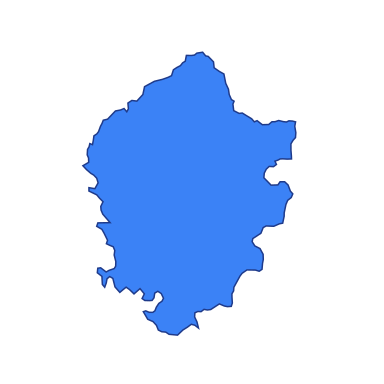 the district of Carlópolis, Paraná, Brazil, rotated 148°
{"feature_id": "56859067B22086314964615", "entity_name": "Carlópolis", "entity_type": "district", "adm_level": 2, "iso_a3": "BRA", "parent_name": "Brazil", "parent_adm1": "Paraná", "projection": "equal_earth", "projection_center": [-49.704, -23.457], "detail": "fine", "context": "isolated", "style": "filled", "palette": "blue", "viewbox_px": 384, "rotation_deg": 148, "n_neighbors": 0, "source": "geoboundaries", "source_scale": "gbopen_adm2", "svg_char_len": 2716}
<svg xmlns="http://www.w3.org/2000/svg" viewBox="0 0 384 384"><g transform="rotate(148 192 192)"><path d="M292.0,193.5L290.1,190.5L287.8,187.3L288.5,183.3L291.4,179.8L293.5,173.3L296.1,169.5L298.6,168.3L303.8,169.5L307.2,169.7L309.6,176.1L312.3,177.3L315.1,173.7L313.1,168.2L317.0,161.1L316.5,157.5L312.9,160.3L310.1,163.4L306.6,163.9L304.9,160.7L307.6,152.3L306.4,145.1L302.4,145.7L298.3,146.2L296.7,142.4L295.2,136.3L287.3,137.6L286.4,130.9L290.8,128.1L289.5,125.0L285.6,122.4L283.3,121.2L280.3,122.4L277.2,126.0L273.6,125.9L271.9,122.2L272.5,117.0L275.3,115.3L279.2,115.1L283.3,113.2L286.4,110.9L289.0,110.7L292.1,112.7L294.2,115.7L296.7,116.3L297.0,107.5L293.7,102.7L292.8,97.7L293.7,92.8L291.7,89.5L288.5,87.1L286.9,83.5L283.9,81.2L280.1,78.3L272.8,79.8L267.5,79.8L262.7,80.2L260.2,77.5L258.6,73.2L256.6,79.3L256.0,84.6L253.6,88.0L250.4,87.6L247.7,85.7L244.0,86.1L241.5,83.8L238.4,82.4L228.1,82.6L225.0,78.2L222.7,76.0L219.3,74.2L216.6,76.5L213.9,81.5L212.1,84.5L209.1,86.1L207.0,89.0L195.8,95.3L192.6,96.5L186.7,96.8L179.6,92.2L177.0,89.2L173.6,89.3L170.0,94.1L167.3,97.0L164.7,101.5L164.3,108.0L167.3,113.0L167.3,118.0L165.1,120.3L155.4,120.5L150.5,124.1L147.1,123.9L140.8,119.6L134.7,118.7L131.6,117.5L126.7,122.6L124.9,125.4L119.0,131.6L115.3,134.2L110.8,134.7L107.5,137.0L108.1,140.6L106.8,147.1L108.0,151.6L111.9,154.0L115.4,152.5L121.3,155.9L123.5,166.0L120.7,169.7L116.9,172.0L113.0,172.8L109.5,170.3L105.8,170.6L105.3,174.2L102.3,173.5L99.7,173.3L97.4,172.0L93.9,169.5L90.1,167.3L88.6,169.9L86.0,174.9L82.6,180.4L78.9,182.3L75.4,183.3L72.5,187.3L70.0,193.3L67.0,196.6L69.2,198.9L72.1,201.0L74.8,201.3L77.3,203.3L80.6,206.7L84.3,207.6L87.0,209.2L91.2,208.6L96.7,211.8L99.0,218.0L102.0,218.5L102.6,222.5L105.6,228.4L107.5,232.3L110.4,233.7L113.5,238.9L110.7,244.9L108.2,246.7L109.6,249.5L108.8,254.9L106.6,259.9L105.8,266.3L102.4,275.2L104.9,279.7L107.4,285.6L104.8,291.0L106.4,298.4L108.3,300.2L108.9,304.9L114.3,307.2L117.3,306.8L120.0,308.0L124.4,310.8L128.4,306.5L131.5,306.5L134.8,305.3L138.9,305.6L143.0,305.5L147.7,301.5L151.5,301.9L157.4,303.2L165.2,305.8L176.4,306.5L182.0,300.7L186.0,299.6L190.6,298.3L194.5,301.5L199.2,301.4L201.9,296.2L204.8,294.6L205.4,298.8L209.1,299.4L214.0,301.3L225.0,298.5L229.2,299.9L232.0,297.8L234.8,296.2L239.3,292.7L241.9,291.7L245.4,291.6L248.5,287.9L251.3,284.9L253.0,287.2L255.3,284.9L258.0,283.5L261.2,279.0L261.7,275.7L263.9,271.9L270.6,272.1L269.6,266.9L267.9,261.4L266.4,258.5L265.5,254.2L266.8,249.5L272.6,246.3L277.1,250.3L278.9,247.4L274.3,240.1L273.7,235.8L272.6,230.9L277.0,228.1L278.7,224.9L279.4,220.5L277.7,209.4L288.2,215.7L291.0,213.4L288.2,208.1L288.4,203.6L289.2,195.8L292.0,193.5Z" fill="#3b82f6" stroke="#1e3a8a" stroke-width="1.5"/></g></svg>